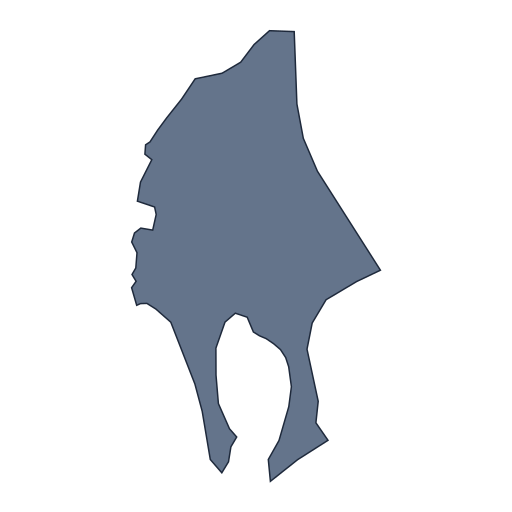 the border of Rizal
{"feature_id": "PHL-2567", "entity_name": "Rizal", "entity_type": "Province", "adm_level": 1, "iso_a3": "PHL", "parent_name": "Philippines", "parent_adm1": "", "projection": "albers", "projection_center": [121.246, 14.591], "detail": "fine", "context": "isolated", "style": "filled", "palette": "slate", "viewbox_px": 512, "rotation_deg": 0, "n_neighbors": 0, "source": "natural_earth", "source_scale": "10m", "svg_char_len": 964}
<svg xmlns="http://www.w3.org/2000/svg" viewBox="0 0 512 512"><path d="M294.2,31.6L296.9,104.0L303.3,138.3L317.4,171.2L380.4,270.2L356.7,281.5L326.1,299.7L312.2,323.0L307.0,349.2L318.2,401.3L315.9,422.8L328.0,440.3L297.7,459.6L270.4,481.3L268.3,459.5L279.0,440.5L288.8,406.6L291.4,386.7L288.7,366.8L285.7,357.6L280.5,349.6L273.6,343.7L266.1,338.6L259.5,335.8L253.4,332.0L247.2,317.2L235.3,313.2L225.0,322.1L215.9,348.1L216.0,375.1L218.4,403.6L229.5,428.8L236.7,437.0L230.9,446.8L228.5,461.8L221.8,472.8L210.3,459.5L202.2,411.3L194.9,384.0L170.8,322.2L155.8,309.0L146.9,303.4L140.5,303.6L136.7,305.3L131.6,287.7L136.1,281.3L132.0,274.5L135.8,268.0L137.0,252.7L131.7,242.0L134.5,233.0L140.8,228.1L152.7,230.1L156.2,214.5L154.6,207.0L137.4,201.2L140.5,182.1L151.8,159.7L144.9,154.2L145.6,144.8L150.0,141.9L157.8,129.9L166.9,117.6L181.6,99.1L195.2,78.8L222.1,73.2L240.7,62.2L254.1,44.5L269.5,30.7L294.2,31.6Z" fill="#64748b" stroke="#1e293b" stroke-width="1.5"/></svg>